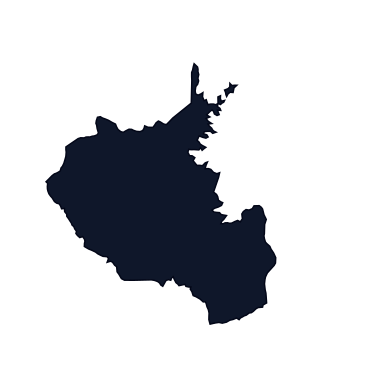 outline of Pedregulho, São Paulo, Brazil, rotated 38°
{"feature_id": "56859067B25451774631659", "entity_name": "Pedregulho", "entity_type": "district", "adm_level": 2, "iso_a3": "BRA", "parent_name": "Brazil", "parent_adm1": "São Paulo", "projection": "albers", "projection_center": [-47.446, -20.16], "detail": "fine", "context": "isolated", "style": "filled", "palette": "ink", "viewbox_px": 384, "rotation_deg": 38, "n_neighbors": 0, "source": "geoboundaries", "source_scale": "gbopen_adm2", "svg_char_len": 4340}
<svg xmlns="http://www.w3.org/2000/svg" viewBox="0 0 384 384"><g transform="rotate(38 192 192)"><path d="M318.5,239.3L317.5,237.3L319.1,233.5L312.5,226.2L309.8,224.0L305.7,219.8L303.4,216.1L302.2,213.7L301.2,209.4L301.9,199.3L301.5,196.6L298.4,192.2L294.0,189.9L292.0,189.2L289.5,188.4L286.8,186.9L282.5,186.6L280.6,186.2L277.9,184.3L275.7,182.3L274.7,180.3L269.2,172.8L267.4,167.9L262.7,165.6L258.1,162.0L256.1,161.4L253.4,161.4L249.4,164.7L249.8,168.0L248.1,171.1L245.4,172.6L244.5,175.8L244.8,178.6L246.2,180.1L248.2,182.0L248.4,185.8L245.5,186.3L243.9,189.0L242.5,192.0L241.0,193.5L238.9,194.4L237.0,196.0L236.1,197.9L234.2,199.2L233.5,196.6L233.9,194.1L233.7,189.3L230.9,190.8L228.9,191.8L226.4,191.3L224.0,192.9L221.6,194.3L218.8,193.9L219.8,190.9L222.0,187.6L223.5,184.4L222.8,181.5L220.8,182.0L217.9,182.2L215.2,179.9L212.8,178.8L209.0,178.8L203.9,164.1L201.9,159.8L200.3,162.3L196.8,163.3L194.7,162.9L192.9,162.6L190.6,163.4L188.0,165.6L186.6,162.3L185.7,158.9L184.5,160.8L184.0,164.9L181.7,166.2L179.5,168.0L176.1,167.2L173.6,166.7L173.1,163.2L169.8,163.4L167.7,164.9L164.2,163.2L163.2,160.3L165.1,159.3L167.5,157.3L171.5,154.6L171.5,151.8L174.3,152.9L174.7,150.8L175.4,148.3L171.5,149.0L169.0,149.2L166.8,148.3L164.2,148.1L163.7,145.8L163.1,143.4L166.6,142.4L169.8,141.0L170.8,138.7L168.4,137.8L165.1,139.1L164.6,136.9L166.6,134.8L169.2,132.8L172.2,133.0L174.1,130.1L171.9,130.6L170.0,130.4L168.2,129.6L165.1,129.4L162.8,128.6L165.4,125.9L161.3,126.3L157.8,125.4L159.9,121.8L156.0,122.2L156.4,119.3L156.7,116.9L157.4,115.0L159.3,115.2L161.6,116.7L164.6,116.3L165.8,114.3L163.8,113.1L161.6,111.8L164.4,110.0L162.6,108.9L159.4,109.0L158.0,106.2L157.0,108.6L154.8,109.5L152.6,111.2L150.7,113.3L148.3,111.8L146.4,110.5L145.3,112.6L141.7,110.5L139.4,107.0L138.7,109.1L137.1,112.0L134.4,112.4L132.2,110.3L130.1,106.6L130.1,103.6L128.8,100.4L126.6,98.7L125.0,95.3L122.6,93.5L121.1,91.5L119.4,90.1L114.7,89.6L115.9,92.5L117.5,95.7L118.1,97.9L119.3,99.5L120.8,101.4L123.1,104.1L136.7,122.4L131.3,145.6L130.8,150.9L130.3,154.7L127.8,155.9L123.8,156.3L121.8,156.8L121.1,159.6L121.4,162.4L121.4,165.2L119.5,166.6L117.4,168.1L114.0,169.0L115.0,171.3L115.3,174.0L113.9,176.4L110.9,178.4L108.0,179.4L105.9,179.8L103.7,181.3L102.2,184.5L101.1,187.3L98.7,188.3L95.2,188.3L92.4,187.1L89.9,185.6L86.1,186.4L82.2,186.9L78.9,187.8L75.9,188.8L73.4,189.1L71.5,191.3L72.7,194.7L74.0,197.0L75.8,198.1L78.2,200.4L80.3,201.9L82.0,203.2L82.0,205.5L80.5,208.0L79.0,209.5L77.7,211.5L76.1,212.7L74.6,214.0L73.7,215.8L70.9,217.8L69.4,220.0L64.9,234.1L66.6,236.3L68.3,238.0L70.7,241.6L72.1,245.0L73.4,248.3L74.1,251.6L74.0,253.6L75.2,256.5L74.5,258.6L73.5,260.8L72.4,262.5L71.7,265.2L71.4,267.8L71.0,271.2L70.7,273.8L72.9,274.0L74.6,276.7L76.2,278.6L77.9,280.0L80.4,281.5L83.1,282.3L85.4,282.7L89.5,284.2L92.2,284.1L94.7,283.1L97.1,284.0L99.6,285.5L101.6,283.5L103.8,285.9L106.9,286.6L108.4,288.3L111.1,289.0L113.5,289.9L116.0,290.7L117.9,291.9L120.1,292.0L122.4,293.3L125.1,294.0L126.1,296.2L128.6,296.8L131.6,297.0L133.3,294.5L136.1,295.3L137.9,296.6L138.9,298.7L140.7,301.2L143.1,300.9L145.8,300.5L148.5,299.7L152.9,298.7L155.8,298.7L158.5,298.2L161.5,297.5L163.3,296.3L165.1,295.2L167.2,295.9L168.4,299.6L170.4,296.7L172.5,296.2L176.1,297.3L178.6,297.3L180.0,298.7L182.1,301.0L185.0,301.8L189.7,303.7L193.0,303.1L199.7,298.0L214.1,286.2L216.7,284.8L219.0,284.0L220.8,283.6L222.7,283.7L224.6,284.5L227.0,284.3L226.0,277.9L227.2,275.7L229.6,274.6L228.9,272.5L229.3,270.3L231.9,271.8L235.2,273.3L237.6,273.3L239.4,273.8L241.7,271.0L243.3,269.1L245.3,270.1L247.9,268.9L249.6,267.6L250.4,269.6L253.3,270.6L256.7,272.9L259.8,272.0L262.1,271.7L264.0,271.4L266.2,271.5L268.5,271.7L270.1,270.3L271.9,271.2L274.5,273.2L277.4,274.7L280.0,276.9L281.8,279.4L283.9,282.2L285.6,283.5L287.6,285.0L289.6,282.5L291.2,280.6L293.5,278.2L296.6,276.7L299.3,273.3L300.7,269.8L302.8,267.2L304.7,263.9L307.7,263.6L307.7,261.4L308.6,259.5L309.4,257.4L310.6,255.6L311.5,252.2L313.1,250.5L313.8,248.2L314.3,244.7L315.2,242.4L318.5,239.3ZM160.5,95.4L160.0,92.5L160.6,89.9L163.1,88.3L161.0,84.1L161.6,80.3L159.9,81.6L157.9,83.5L155.0,83.1L157.1,85.9L156.8,88.4L154.9,91.6L157.2,92.9L158.8,94.4L160.5,95.4ZM158.0,106.2L160.6,105.5L160.9,103.5L161.7,101.8L161.3,99.8L159.2,102.4L156.8,100.9L155.2,98.6L153.9,101.1L158.0,106.2Z" fill="#0f172a" stroke="#020617" stroke-width="1.5"/></g></svg>